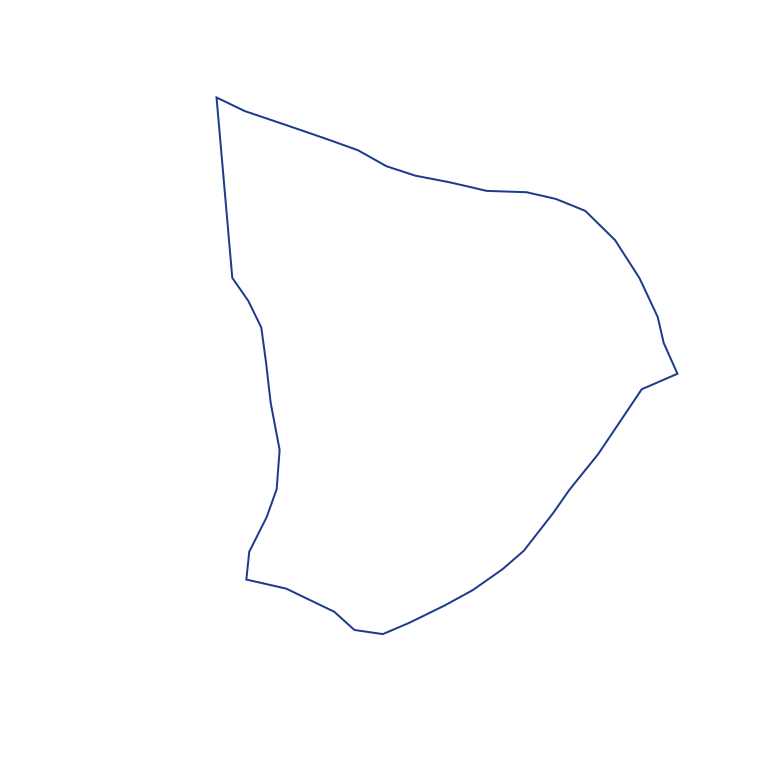 outline of Kouh Ouest, Logone Oriental, Chad, rotated 203°
{"feature_id": "50815135B27112556056018", "entity_name": "Kouh Ouest", "entity_type": "district", "adm_level": 2, "iso_a3": "TCD", "parent_name": "Chad", "parent_adm1": "Logone Oriental", "projection": "albers", "projection_center": [16.878, 8.171], "detail": "fine", "context": "isolated", "style": "outline", "palette": "blue", "viewbox_px": 768, "rotation_deg": 203, "n_neighbors": 0, "source": "geoboundaries", "source_scale": "gbopen_adm2", "svg_char_len": 670}
<svg xmlns="http://www.w3.org/2000/svg" viewBox="0 0 768 768"><g transform="rotate(203 384 384)"><path d="M287.4,153.3L267.3,174.2L241.5,204.0L221.6,229.2L202.5,259.9L190.2,285.0L178.0,330.7L172.0,359.0L159.4,403.4L150.7,448.6L144.7,479.9L117.9,508.1L142.5,531.0L158.3,552.7L190.1,581.2L227.5,606.7L266.4,622.0L298.2,621.5L327.8,616.2L364.9,601.9L402.4,595.3L436.6,588.0L467.0,585.4L499.1,589.0L532.4,587.1L573.7,584.2L618.8,580.8L650.1,582.3L565.1,422.4L541.4,407.5L519.0,388.0L500.8,357.4L481.1,322.6L454.3,282.5L441.7,245.2L440.0,215.7L442.5,176.9L434.3,150.2L394.1,157.4L340.8,154.9L315.1,146.0L287.4,153.3Z" fill="none" stroke="#1e3a8a" stroke-width="2"/></g></svg>